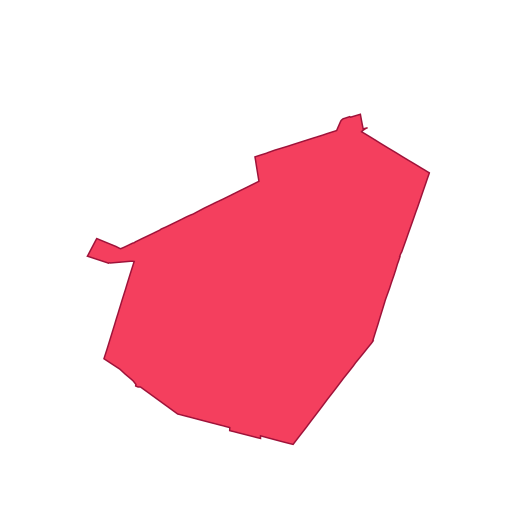 Lovrin, Timis, Romania (Robinson projection), rotated 302°
{"feature_id": "2599482B37768504608814", "entity_name": "Lovrin", "entity_type": "district", "adm_level": 2, "iso_a3": "ROU", "parent_name": "Romania", "parent_adm1": "Timis", "projection": "robinson", "projection_center": [20.769, 45.969], "detail": "fine", "context": "isolated", "style": "filled", "palette": "rose", "viewbox_px": 512, "rotation_deg": 302, "n_neighbors": 0, "source": "geoboundaries", "source_scale": "gbopen_adm2", "svg_char_len": 2712}
<svg xmlns="http://www.w3.org/2000/svg" viewBox="0 0 512 512"><g transform="rotate(302 256 256)"><path d="M417.8,324.2L417.8,319.9L417.6,310.9L417.5,301.8L417.5,292.2L417.4,283.8L417.3,279.7L418.5,279.9L420.1,280.5L421.9,281.3L423.1,282.0L423.9,282.7L420.6,279.5L424.4,275.9L427.1,273.4L431.5,269.4L427.3,265.7L423.8,262.6L423.9,261.7L420.8,259.1L419.7,258.2L418.6,257.2L417.9,256.9L417.5,256.8L417.2,256.7L416.6,256.5L416.0,256.4L415.3,256.4L414.5,256.5L408.4,257.4L405.1,257.9L397.2,251.2L394.2,248.8L387.0,242.6L379.0,235.8L369.3,227.6L365.7,224.6L360.0,219.6L355.8,215.9L350.0,211.3L348.7,210.4L344.3,206.6L339.5,202.6L336.7,205.1L332.3,208.9L320.9,218.9L316.0,215.9L303.4,208.1L288.1,198.7L287.1,198.1L280.5,193.8L271.2,188.0L269.3,186.8L266.9,185.4L262.4,182.8L258.3,180.5L256.2,178.9L254.3,177.6L251.7,175.9L245.6,172.2L241.6,169.7L232.2,163.8L231.8,163.5L230.8,162.8L228.6,161.3L226.8,160.6L224.8,159.3L215.9,153.7L210.3,150.1L205.1,146.9L204.6,146.5L203.1,145.8L202.4,145.5L201.6,144.6L193.5,139.5L190.5,137.4L190.2,136.3L189.9,132.6L186.4,111.7L184.4,111.8L167.2,113.1L166.5,113.1L169.1,123.7L171.1,131.9L171.3,132.6L171.7,134.7L172.3,135.0L172.6,135.4L172.9,136.2L178.6,143.8L185.0,152.3L186.0,153.9L186.8,155.6L184.0,156.3L174.3,158.8L163.3,161.7L158.6,163.0L153.5,164.3L147.7,165.8L142.2,167.3L137.6,168.5L134.0,169.5L130.4,170.4L126.3,171.5L123.1,172.4L115.2,174.5L106.5,176.8L97.8,179.1L89.9,181.1L88.3,181.5L88.2,186.4L88.1,190.1L88.0,194.9L87.9,199.7L87.9,200.4L87.3,203.6L86.5,207.7L85.9,212.2L85.3,216.2L84.9,218.3L84.1,220.4L83.9,221.0L83.5,222.2L82.0,222.8L82.0,223.0L82.4,225.3L83.7,227.5L80.5,273.3L96.6,324.7L94.0,326.2L94.6,328.2L95.3,330.2L96.5,334.1L99.1,342.2L101.4,349.4L102.6,353.3L103.7,356.5L105.9,355.1L107.1,359.1L108.5,363.8L110.1,369.0L111.8,374.5L113.2,379.0L114.7,383.7L115.9,387.3L119.2,387.6L127.5,388.4L136.1,389.3L143.2,389.9L145.6,390.1L156.1,391.1L165.1,391.9L172.5,392.5L183.1,393.6L189.6,394.2L195.2,394.7L198.8,395.0L206.3,395.9L210.9,396.4L214.6,396.8L216.5,396.9L218.2,397.0L221.2,397.4L223.6,397.7L229.0,398.4L233.2,398.9L236.8,399.3L241.4,399.9L242.8,400.1L245.7,400.3L246.0,400.3L245.9,400.0L248.8,399.2L257.2,397.0L263.1,395.5L268.5,394.0L276.1,392.0L285.1,389.6L286.8,389.1L289.9,388.4L299.3,386.4L304.8,385.0L313.2,383.1L315.5,382.5L317.6,382.0L321.2,381.0L324.5,380.1L326.6,379.7L331.5,378.5L331.4,378.3L331.5,378.1L334.6,377.5L336.7,377.4L340.3,376.6L350.0,374.5L354.8,373.4L360.2,372.2L368.4,370.4L378.5,368.1L383.3,367.1L393.2,364.8L397.4,363.8L401.3,362.9L408.3,361.3L411.6,360.5L417.9,359.1L418.4,358.9L418.3,356.1L418.3,354.0L418.2,349.2L418.1,341.8L417.9,334.0L417.8,326.6L417.8,324.2Z" fill="#f43f5e" stroke="#9f1239" stroke-width="1.5"/></g></svg>